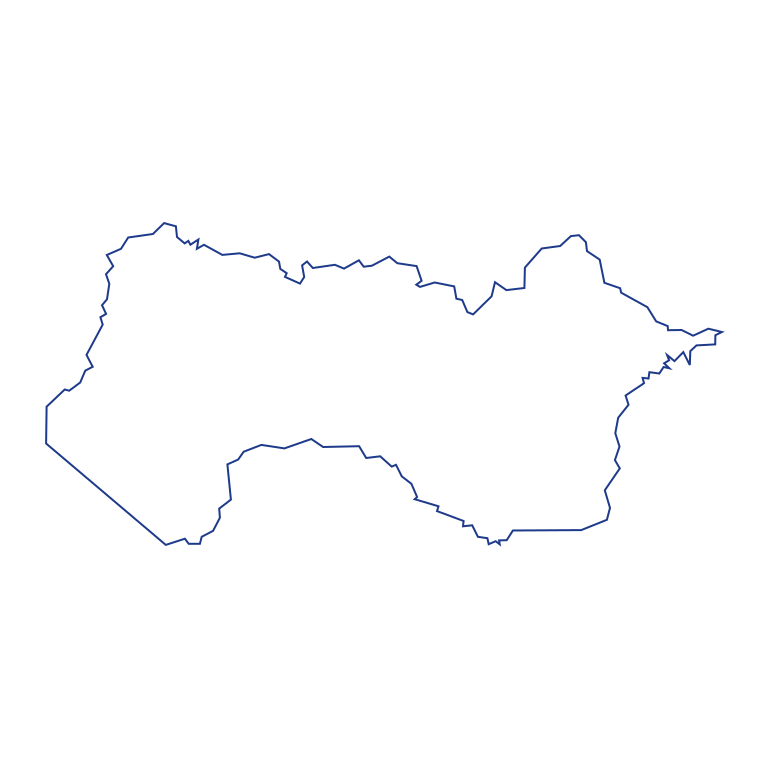 the district of Pauini, Amazonas, Brazil
{"feature_id": "56859067B82057358167154", "entity_name": "Pauini", "entity_type": "district", "adm_level": 2, "iso_a3": "BRA", "parent_name": "Brazil", "parent_adm1": "Amazonas", "projection": "albers", "projection_center": [-67.726, -7.765], "detail": "medium", "context": "isolated", "style": "outline", "palette": "blue", "viewbox_px": 768, "rotation_deg": 0, "n_neighbors": 0, "source": "geoboundaries", "source_scale": "gbopen_adm2", "svg_char_len": 1906}
<svg xmlns="http://www.w3.org/2000/svg" viewBox="0 0 768 768"><path d="M46.1,443.5L165.8,544.9L184.9,538.7L188.7,543.8L199.9,543.8L201.7,536.8L213.1,530.8L219.9,517.7L219.2,508.6L230.9,499.6L227.4,464.4L238.2,459.5L243.7,451.7L261.4,444.9L284.4,448.4L311.3,439.0L323.1,447.0L359.1,446.2L366.2,458.0L380.2,456.3L391.7,466.6L396.0,464.8L401.8,476.4L411.4,483.8L417.1,497.0L414.7,499.2L438.5,506.3L437.0,511.1L463.6,521.0L463.0,526.3L472.2,525.3L477.9,536.8L487.4,538.2L488.7,544.2L495.7,541.2L499.7,544.3L499.1,540.4L506.7,540.2L512.9,530.5L581.2,530.1L606.9,519.8L610.0,507.9L604.8,490.3L619.8,468.4L614.9,460.1L619.5,446.6L615.3,433.2L618.2,417.7L628.5,404.8L625.6,395.5L644.0,383.2L642.6,377.9L648.5,378.5L649.4,372.2L659.3,373.5L663.6,367.0L669.4,368.3L664.1,363.3L669.1,360.3L667.1,355.0L674.5,361.1L683.3,352.1L689.8,365.0L690.3,351.1L696.5,345.4L715.2,344.4L715.4,335.2L721.9,332.0L708.4,328.7L693.1,335.7L681.6,330.0L668.0,330.2L667.7,326.1L656.2,321.4L647.4,307.2L621.2,292.7L620.1,288.2L604.4,282.8L599.7,259.6L587.0,251.1L585.9,242.2L579.0,235.2L570.9,236.1L560.2,246.0L541.7,248.5L524.9,267.6L524.4,288.0L506.4,290.1L495.0,282.2L491.6,296.3L473.1,314.4L467.4,312.1L462.2,300.0L456.4,298.7L454.2,286.4L434.7,282.5L420.0,286.9L416.3,284.7L421.6,280.8L416.6,266.1L397.3,263.2L389.3,256.6L371.9,265.7L363.7,266.7L358.9,260.3L344.0,268.6L334.9,264.8L312.8,268.0L307.0,261.5L302.1,265.4L304.2,277.0L300.0,283.6L285.0,276.9L286.7,273.2L280.3,268.9L279.0,261.6L269.0,254.1L254.7,257.7L239.7,253.3L222.3,254.9L204.0,244.8L196.9,248.8L198.4,239.5L190.4,244.7L188.3,240.9L184.7,243.4L177.0,237.0L175.9,226.3L164.1,223.1L152.9,234.0L128.2,237.5L121.0,248.8L106.8,255.0L113.2,266.2L106.0,274.2L109.3,283.8L107.0,299.3L102.0,305.2L106.1,313.9L100.4,317.2L102.7,324.6L86.5,354.9L92.7,366.8L85.3,370.6L80.2,382.5L69.2,390.7L64.7,389.5L46.6,406.7L46.1,443.5Z" fill="none" stroke="#1e3a8a" stroke-width="2"/></svg>